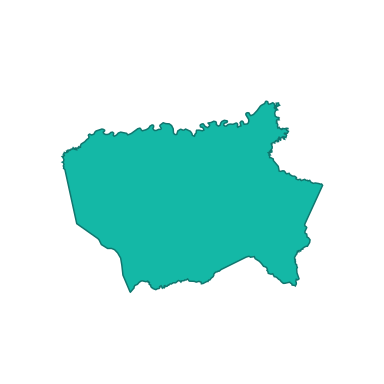 Albania, Caquetá, Colombia, rotated 294°
{"feature_id": "7082276B96859535254868", "entity_name": "Albania", "entity_type": "district", "adm_level": 2, "iso_a3": "COL", "parent_name": "Colombia", "parent_adm1": "Caquetá", "projection": "orthographic", "projection_center": [-75.842, 1.231], "detail": "fine", "context": "isolated", "style": "filled", "palette": "teal", "viewbox_px": 384, "rotation_deg": 294, "n_neighbors": 0, "source": "geoboundaries", "source_scale": "gbopen_adm2", "svg_char_len": 6053}
<svg xmlns="http://www.w3.org/2000/svg" viewBox="0 0 384 384"><g transform="rotate(294 192 192)"><path d="M307.3,232.8L306.0,233.8L305.1,233.2L304.9,232.1L306.1,231.1L306.4,229.5L304.4,227.8L303.4,226.5L303.7,225.7L305.2,224.5L305.3,223.5L305.0,222.7L304.4,222.4L302.4,222.4L299.4,220.1L298.2,219.5L293.0,218.4L287.8,216.6L285.7,214.7L285.9,213.8L287.4,211.8L287.1,210.6L286.3,209.6L285.3,209.4L284.4,209.9L281.4,214.2L279.7,215.1L277.9,215.3L276.6,214.7L275.1,212.1L277.0,210.0L277.2,209.0L276.7,208.2L274.9,207.7L272.3,209.8L271.1,208.4L269.8,207.6L270.1,206.9L272.5,206.1L273.0,205.3L273.0,204.3L270.5,201.9L269.7,199.5L268.9,198.2L267.9,197.3L266.3,196.6L265.6,195.4L265.9,193.9L267.4,193.4L268.1,193.7L269.6,195.6L270.8,195.7L271.3,195.1L270.6,192.3L268.6,190.6L266.7,190.2L264.5,190.5L262.9,189.4L263.5,186.8L265.0,186.2L265.9,185.1L265.5,183.1L263.2,181.1L261.6,178.7L261.3,178.8L260.7,180.5L260.1,181.0L259.1,181.0L257.2,180.2L257.2,177.4L258.8,174.7L258.4,173.6L257.0,172.4L256.2,172.3L254.9,173.3L255.2,174.9L254.8,176.5L253.4,177.7L252.1,176.5L251.5,173.5L250.3,171.1L249.6,171.1L247.7,171.8L245.9,171.2L244.3,171.6L243.8,171.4L244.0,169.2L245.4,168.1L246.8,165.8L246.9,160.6L245.2,159.4L244.8,158.5L244.8,156.3L244.4,155.8L242.0,154.2L238.5,154.6L237.9,154.0L237.6,152.6L238.4,151.1L242.1,149.1L244.4,146.3L245.0,143.5L243.8,140.2L243.5,137.5L240.0,135.6L239.2,135.8L237.7,138.0L236.8,138.0L236.3,137.6L235.7,136.1L233.8,134.5L233.0,133.0L233.3,131.6L234.1,130.4L235.9,130.5L237.0,129.9L237.3,129.1L237.0,128.2L235.0,126.8L233.5,126.7L231.9,126.0L230.1,124.6L227.7,121.7L228.0,120.5L229.1,119.0L229.0,118.2L227.7,116.7L220.9,112.8L218.9,111.0L218.1,110.0L219.0,108.4L217.7,102.5L215.9,100.7L213.4,99.9L211.3,98.3L211.7,97.1L213.9,96.5L214.4,95.1L213.5,93.7L211.4,92.8L210.2,91.4L209.4,89.6L209.4,88.2L209.9,87.1L210.6,86.6L212.1,87.3L212.9,87.1L213.2,85.9L212.9,84.1L208.8,79.6L207.5,79.0L204.9,78.8L203.2,77.0L203.3,75.0L202.4,74.3L201.7,74.2L200.3,75.6L198.9,75.6L197.0,74.5L194.3,73.6L190.8,71.3L189.1,71.2L187.5,71.9L187.1,71.2L187.4,70.2L187.0,70.0L185.9,70.4L185.4,69.0L184.7,68.9L183.7,69.5L183.3,67.5L184.3,67.8L184.7,67.6L183.6,66.5L184.1,65.4L182.6,65.3L182.0,64.1L180.9,64.0L180.5,63.6L180.5,62.6L179.6,62.6L179.4,61.3L179.0,61.3L179.2,62.1L178.6,62.4L178.2,62.3L178.1,61.0L177.2,61.6L176.2,60.2L176.2,59.3L175.3,59.4L174.2,59.1L174.1,59.9L173.4,60.5L173.1,60.0L171.8,60.2L172.0,59.2L171.6,58.9L171.2,59.9L169.4,61.9L167.5,62.2L166.5,61.4L166.4,62.6L165.2,63.8L163.4,63.8L162.9,64.7L161.4,65.0L160.8,66.8L116.2,99.6L111.2,124.9L110.4,126.7L107.1,130.6L106.1,137.9L107.7,141.4L107.8,144.7L106.1,148.9L102.6,153.7L96.4,157.8L88.0,162.7L75.6,176.0L75.5,176.5L80.8,178.1L81.6,177.7L83.4,177.8L85.4,179.7L88.0,180.5L90.0,181.8L90.7,183.0L91.3,186.4L92.6,187.8L92.3,188.7L91.7,188.8L92.0,189.9L90.4,190.3L90.1,191.1L90.3,191.9L88.8,193.0L88.2,194.1L88.4,194.9L87.9,195.7L88.1,198.7L89.6,199.8L90.5,201.2L91.8,201.5L92.4,200.9L93.8,201.9L92.1,204.0L93.0,204.4L93.1,205.6L93.8,205.7L94.8,204.8L95.5,205.3L95.0,206.4L95.8,207.6L97.2,208.0L97.4,208.7L98.2,208.8L99.4,209.7L99.6,210.6L101.5,211.8L102.4,214.0L105.6,215.6L105.8,217.2L105.2,218.5L106.6,218.7L107.8,220.8L108.7,221.1L109.1,222.3L110.8,223.4L109.5,225.8L111.3,230.4L111.4,232.5L113.2,234.7L113.3,237.0L112.0,237.9L113.0,239.4L115.6,241.4L116.7,242.5L116.8,243.0L118.2,243.0L118.9,244.1L121.1,244.6L123.2,245.7L124.6,245.8L125.9,245.3L128.3,246.1L129.5,247.6L130.3,248.1L130.8,249.1L133.0,250.1L154.5,267.9L156.2,269.8L156.5,271.0L156.2,271.9L158.3,275.2L156.8,276.8L156.1,281.7L154.9,284.6L153.2,287.6L153.5,289.5L153.2,291.0L152.1,292.3L150.9,292.3L150.3,293.6L148.7,294.8L149.1,297.7L150.1,299.0L148.1,301.6L148.5,302.6L148.4,304.3L147.5,306.7L147.4,308.2L146.4,310.0L145.7,312.5L146.4,314.0L149.4,318.0L148.9,318.9L148.8,320.3L147.7,321.3L148.4,323.8L148.2,324.6L150.5,324.7L151.8,324.0L152.3,323.3L154.7,322.8L154.7,324.3L156.2,325.1L160.9,320.7L164.5,318.8L165.8,319.0L167.0,317.7L168.0,317.3L168.4,316.0L169.9,314.9L170.0,314.5L170.9,314.7L171.8,313.6L172.5,313.7L172.6,313.0L174.0,312.3L177.8,312.7L178.2,313.0L178.8,312.6L180.2,312.9L180.7,312.4L181.2,313.0L181.0,313.7L181.8,313.4L182.2,315.0L182.7,314.7L182.9,315.2L183.9,315.1L184.5,315.5L184.8,316.4L185.5,316.1L187.6,317.2L188.9,318.5L189.4,319.5L193.7,320.0L196.3,319.3L197.6,316.9L197.6,315.5L200.2,313.9L200.3,312.3L200.9,311.6L201.9,311.2L206.1,311.3L206.6,310.7L207.0,308.9L208.4,308.1L251.2,308.6L252.0,307.1L251.4,306.1L251.3,304.4L250.4,301.0L249.2,299.2L249.4,296.5L250.5,294.8L249.3,293.5L249.6,292.7L249.0,291.3L249.4,289.8L246.9,287.2L247.0,286.5L247.7,286.0L247.3,285.0L246.3,284.0L246.3,281.8L246.6,281.5L247.7,281.5L248.2,279.4L247.4,277.3L247.7,274.4L248.6,273.2L247.1,270.9L247.4,269.8L247.9,269.4L248.7,267.6L248.3,266.3L246.7,264.3L246.6,263.1L250.5,260.4L253.8,253.6L255.2,252.8L255.4,250.3L255.0,248.9L256.3,248.4L257.0,247.4L257.7,248.4L258.9,245.8L259.4,246.6L260.1,246.4L260.0,247.3L261.2,246.7L261.9,246.8L261.9,247.3L260.8,248.4L261.1,248.7L262.0,248.3L263.1,247.2L264.7,247.4L266.1,246.8L266.6,246.0L267.6,245.9L267.8,245.1L268.5,244.8L270.3,246.2L270.4,247.6L271.3,247.1L272.0,247.7L272.8,247.6L273.4,248.1L273.6,248.8L272.6,249.4L273.3,250.5L275.5,249.1L277.5,249.3L277.1,250.3L275.7,250.6L275.2,251.6L275.5,251.9L277.3,251.1L279.6,252.6L279.6,252.9L278.5,253.0L277.8,254.2L277.9,255.1L279.4,253.8L280.0,254.4L280.0,255.6L282.4,255.3L282.8,254.6L282.7,252.7L283.1,252.5L283.6,252.9L283.7,253.9L284.5,255.2L286.7,255.4L286.9,253.5L287.6,252.5L288.0,252.5L288.9,253.9L289.1,253.7L288.6,252.2L287.5,251.0L286.9,248.8L286.5,248.5L285.9,248.8L285.5,248.4L285.9,246.0L286.5,245.2L285.4,244.5L286.5,243.5L288.5,242.9L289.2,242.0L289.4,241.0L290.5,241.2L291.0,240.3L292.2,240.1L293.4,242.1L294.0,241.2L295.1,241.5L295.3,240.9L294.8,239.2L295.2,237.1L297.8,235.4L299.9,235.2L300.9,235.5L301.9,236.8L302.4,235.8L301.9,233.9L302.4,232.9L304.2,232.8L304.2,233.3L302.8,234.7L304.5,234.7L306.9,236.7L307.3,235.6L308.5,234.8L307.3,232.8Z" fill="#14b8a6" stroke="#0f766e" stroke-width="1.5"/></g></svg>